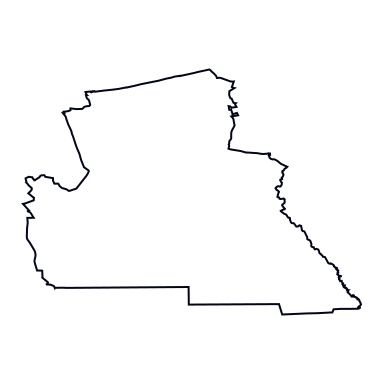 Gaviezes pag., Grobinas, Latvia
{"feature_id": "27541924B56767178281632", "entity_name": "Gaviezes pag.", "entity_type": "district", "adm_level": 2, "iso_a3": "LVA", "parent_name": "Latvia", "parent_adm1": "Grobinas", "projection": "natural_earth1", "projection_center": [21.351, 56.477], "detail": "fine", "context": "isolated", "style": "outline", "palette": "ink", "viewbox_px": 384, "rotation_deg": 0, "n_neighbors": 0, "source": "geoboundaries", "source_scale": "gbopen_adm2", "svg_char_len": 5843}
<svg xmlns="http://www.w3.org/2000/svg" viewBox="0 0 384 384"><path d="M238.1,115.3L236.9,112.9L232.5,114.3L232.5,113.8L231.1,109.6L229.3,109.8L228.6,106.1L230.1,106.4L231.6,107.7L236.5,106.9L235.5,105.2L235.1,104.3L235.3,103.4L235.6,103.2L233.5,102.8L231.6,98.6L230.4,98.2L229.2,95.1L229.2,93.6L229.4,91.1L234.4,88.1L233.5,87.9L231.9,87.0L233.8,81.5L232.6,81.6L230.3,81.4L222.6,78.6L220.6,77.9L218.8,77.8L217.0,78.0L216.1,75.9L213.9,73.5L212.0,71.9L210.5,70.3L209.4,69.5L198.7,71.8L192.6,73.3L180.1,76.0L180.1,75.8L174.6,76.6L171.5,77.6L166.4,78.6L158.6,80.7L141.4,84.1L135.0,85.7L126.4,87.6L126.3,87.4L118.7,88.9L112.4,89.7L103.7,90.6L96.0,91.6L94.9,91.7L94.5,91.1L93.7,91.2L92.7,91.3L92.7,91.9L91.9,92.0L91.3,92.3L90.9,92.2L90.7,91.6L91.4,91.6L91.7,91.4L85.5,92.0L86.6,94.7L87.0,95.1L85.9,95.2L86.8,98.1L88.8,100.0L89.1,100.7L89.5,102.1L90.2,104.9L89.3,106.0L86.1,106.3L84.3,106.9L82.3,108.9L76.2,109.1L70.5,108.4L70.4,110.3L67.9,111.2L63.7,111.7L64.3,112.8L64.4,113.1L62.9,113.1L65.7,116.6L66.0,118.0L68.1,124.1L68.9,125.8L71.4,131.2L71.9,133.7L73.1,136.6L75.4,143.7L76.7,147.5L79.4,153.8L81.1,160.0L84.0,167.2L88.5,170.4L88.8,171.1L88.0,173.2L86.5,175.7L76.6,188.3L76.1,188.7L71.1,190.3L70.2,190.7L68.8,190.9L66.5,189.3L62.0,188.0L59.7,186.2L58.4,183.9L58.0,183.6L54.6,183.7L54.3,183.6L53.0,180.5L53.0,178.1L45.5,176.9L44.3,175.2L41.2,175.4L40.3,175.9L39.9,176.7L38.9,177.6L35.4,179.8L35.1,180.2L34.3,180.3L34.2,179.8L32.8,178.5L32.4,177.3L28.7,176.8L25.6,178.3L25.8,179.7L26.3,181.1L26.4,181.5L26.0,182.2L27.5,183.8L28.6,185.3L31.8,188.2L31.6,189.9L30.3,191.4L28.3,193.3L34.0,197.9L33.7,200.3L25.0,203.5L23.0,203.9L29.0,210.5L27.8,211.1L27.9,211.4L29.7,212.1L30.8,213.1L33.7,217.8L27.3,217.9L27.7,222.9L27.1,227.9L26.8,236.4L26.9,237.9L27.1,238.8L27.5,239.6L29.8,242.7L33.7,249.2L34.8,251.3L35.1,252.3L35.5,254.4L35.5,255.4L35.4,256.5L34.6,259.8L34.5,261.4L34.8,263.0L37.1,270.5L40.3,270.5L42.2,270.7L42.5,277.3L42.3,277.6L47.9,282.3L47.7,282.6L47.7,283.4L47.3,283.9L46.7,284.2L46.9,284.5L48.6,284.5L50.4,284.6L50.5,284.8L51.4,285.0L52.9,285.6L54.1,286.4L54.8,288.0L55.0,287.6L55.6,287.8L64.7,287.7L65.3,287.9L188.6,287.0L188.8,304.6L279.0,304.1L282.2,314.5L307.4,313.4L317.2,313.2L332.4,312.4L333.6,309.3L340.0,308.9L357.4,308.8L358.1,308.7L357.8,308.0L357.9,307.7L358.1,307.5L358.5,307.5L359.4,308.1L359.9,307.9L359.9,307.5L359.6,307.0L358.8,306.9L358.5,306.8L358.6,306.6L359.9,305.9L360.8,304.8L361.0,304.3L360.7,303.8L360.5,302.9L360.0,301.9L359.5,301.4L359.4,300.3L359.2,300.0L358.2,299.6L358.6,299.4L358.6,299.2L357.2,298.2L357.1,297.9L356.2,297.8L355.8,297.1L355.7,297.0L354.1,296.9L353.9,296.5L354.0,295.7L353.5,295.2L352.9,295.2L352.4,296.0L352.1,296.7L351.9,296.7L351.6,296.6L351.2,295.9L350.2,294.6L347.6,292.2L347.6,291.6L348.2,291.3L348.3,291.0L348.3,290.9L347.5,291.0L347.3,290.7L348.2,290.1L347.5,290.0L346.7,289.5L346.6,288.8L346.9,288.7L346.4,288.0L346.0,287.8L345.7,288.1L345.3,288.0L344.0,287.3L343.7,286.9L344.1,286.7L344.4,286.8L344.7,286.7L344.5,286.4L344.5,286.1L344.7,285.8L344.8,285.3L344.3,285.3L344.2,285.5L343.6,285.8L343.2,285.5L342.5,284.3L343.1,284.1L343.2,283.8L342.9,283.1L342.5,282.8L341.8,281.9L341.7,281.5L341.3,281.2L341.4,280.9L341.1,280.9L340.5,281.1L340.2,281.1L340.2,280.5L339.0,279.4L338.9,279.0L339.0,278.7L339.5,278.2L338.7,277.4L338.8,276.8L339.1,276.6L340.1,276.3L340.9,276.3L341.0,276.1L340.7,275.9L339.4,275.8L338.4,275.2L337.5,274.5L337.6,274.1L337.4,274.0L338.2,272.9L337.6,272.5L337.6,272.4L337.8,271.7L338.1,271.5L338.1,271.2L337.9,270.8L338.2,270.4L338.0,270.2L336.9,269.9L336.3,269.2L336.1,268.9L336.7,268.5L335.9,267.9L336.2,267.7L335.2,267.3L334.6,266.9L334.4,266.6L333.9,266.4L333.7,265.9L333.9,265.6L333.9,265.4L332.7,264.4L330.7,263.4L330.3,263.8L330.1,263.8L328.6,263.3L328.3,263.1L325.0,257.1L322.9,256.7L322.5,255.8L320.9,254.3L320.8,254.0L320.2,253.7L319.3,252.9L319.1,251.3L318.3,249.6L316.7,248.9L315.8,249.0L314.9,249.4L314.7,249.3L314.4,248.9L313.8,247.3L313.5,247.1L312.4,247.1L311.4,246.4L311.2,245.7L311.4,244.3L311.4,243.9L310.9,242.3L310.3,240.9L309.3,240.0L307.7,239.5L307.3,239.2L307.1,236.7L306.7,236.2L304.6,231.9L304.3,231.5L303.8,231.2L302.7,231.0L302.0,230.4L301.1,225.9L300.2,225.7L299.7,225.3L299.3,225.4L298.3,226.3L297.7,226.5L296.6,226.6L296.0,226.3L295.0,224.7L293.9,223.4L293.2,223.1L291.9,223.1L291.0,222.4L290.6,221.2L290.1,220.2L289.9,218.7L290.0,218.1L289.8,217.9L289.4,217.7L288.6,217.8L288.3,217.6L287.5,216.8L286.7,215.3L286.1,214.6L283.9,213.6L280.8,211.2L280.7,211.0L281.5,210.5L283.5,209.5L284.6,209.3L284.9,208.9L282.7,206.3L282.5,205.8L282.2,205.5L282.1,205.1L282.5,204.5L284.1,203.2L284.5,202.8L284.7,201.7L284.6,200.3L284.4,199.6L284.6,199.4L284.2,198.8L283.8,198.6L280.6,199.0L280.0,198.9L279.5,198.7L279.3,197.9L279.0,197.4L278.1,197.3L277.5,197.1L277.5,196.5L278.0,194.6L278.2,194.0L278.5,192.7L278.9,192.2L279.0,191.8L278.1,190.8L276.4,189.7L276.2,189.2L275.6,188.5L275.6,188.1L275.7,187.8L276.8,187.0L277.3,186.4L278.6,186.2L280.0,186.6L280.5,186.4L281.0,185.9L281.5,185.1L281.8,183.7L281.9,182.7L281.7,182.4L280.8,181.6L280.2,179.9L280.6,179.6L282.1,179.2L282.1,178.4L281.7,177.8L281.7,177.6L282.1,177.4L282.9,176.4L283.5,174.8L283.2,174.2L282.9,173.1L282.3,172.7L282.4,171.1L282.8,170.8L283.4,170.7L283.9,170.2L284.3,169.2L284.6,168.9L285.8,168.0L286.1,168.0L287.3,166.8L281.0,163.9L277.6,161.1L276.5,160.4L275.1,159.6L274.0,159.3L272.2,159.3L270.6,158.7L269.5,157.5L269.0,156.0L268.7,155.5L268.7,155.0L270.1,154.9L270.0,153.5L269.3,153.5L268.9,153.3L267.1,153.7L263.0,154.0L260.1,153.7L257.7,153.2L247.1,152.5L246.3,152.6L240.5,151.0L230.6,149.4L228.5,148.7L229.0,146.7L229.2,145.6L228.9,144.8L228.7,144.5L229.2,143.5L229.3,141.2L230.7,139.4L231.2,138.4L231.2,134.2L231.4,131.9L232.1,130.1L233.3,128.0L234.6,125.3L233.8,121.6L233.5,119.4L232.9,118.1L231.4,116.5L238.1,115.3Z" fill="none" stroke="#020617" stroke-width="2"/></svg>